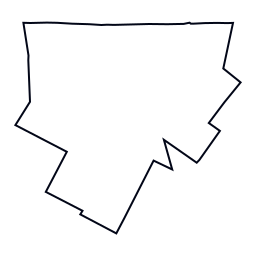 the district of Orleans, Vermont, United States of America
{"feature_id": "52423323B93976880688423", "entity_name": "Orleans", "entity_type": "district", "adm_level": 2, "iso_a3": "USA", "parent_name": "United States of America", "parent_adm1": "Vermont", "projection": "orthographic", "projection_center": [-72.211, 44.776], "detail": "fine", "context": "isolated", "style": "outline", "palette": "ink", "viewbox_px": 256, "rotation_deg": 0, "n_neighbors": 0, "source": "geoboundaries", "source_scale": "gbopen_adm2", "svg_char_len": 601}
<svg xmlns="http://www.w3.org/2000/svg" viewBox="0 0 256 256"><path d="M233.0,22.9L227.4,23.1L217.2,22.9L204.6,23.1L192.9,23.7L190.8,23.7L189.6,22.7L183.7,23.9L167.4,24.2L149.1,24.0L121.6,24.7L113.9,24.9L107.2,24.7L101.4,25.0L95.3,24.6L89.1,24.2L72.3,23.7L57.1,22.8L46.8,22.6L30.4,23.0L23.4,22.8L28.5,55.5L28.3,60.2L30.0,101.8L15.4,125.1L66.8,151.8L47.7,188.3L45.8,191.9L82.5,210.8L80.3,214.4L116.3,233.4L124.5,217.8L153.6,160.6L172.2,169.5L163.9,139.8L196.7,162.7L199.4,159.9L219.9,130.9L208.8,123.0L224.3,102.4L240.6,82.4L223.3,68.5L233.0,22.9Z" fill="none" stroke="#020617" stroke-width="2"/></svg>